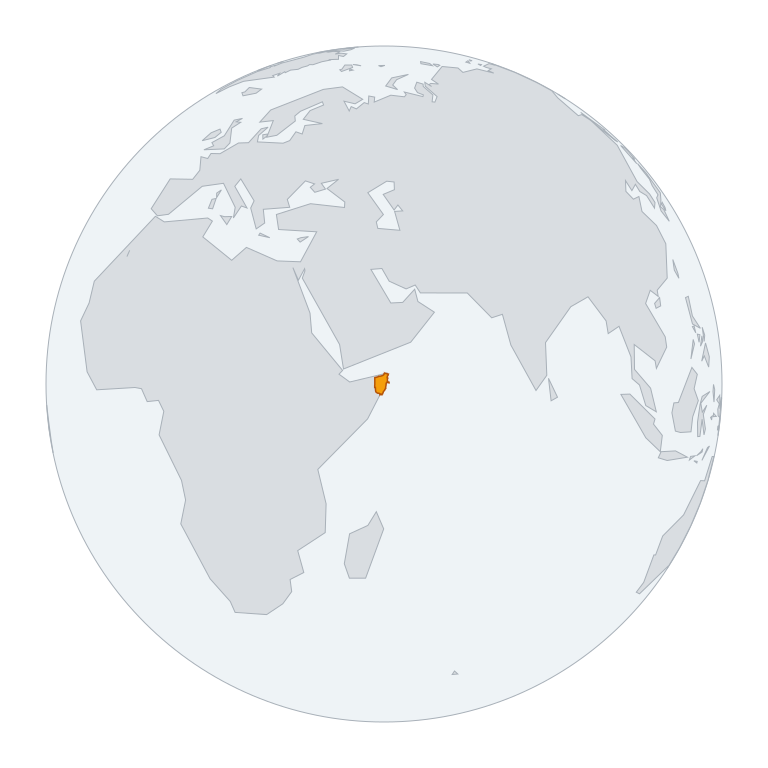 the Earth from above Bari
{"feature_id": "SOM-1", "entity_name": "Bari", "entity_type": "Region", "adm_level": 1, "iso_a3": "SOM", "parent_name": "Somalia", "parent_adm1": "", "projection": "orthographic", "projection_center": [50.532, 10.16], "detail": "fine", "context": "on_globe", "style": "filled", "palette": "amber", "viewbox_px": 768, "rotation_deg": 0, "n_neighbors": 0, "source": "natural_earth", "source_scale": "10m", "svg_char_len": 10044}
<svg xmlns="http://www.w3.org/2000/svg" viewBox="0 0 768 768"><circle cx="384" cy="384" r="338" fill="#eef3f6" stroke="#a8b0b8"/><path d="M46.7,405.0L48.5,420.1L51.2,440.5L53.2,452.9L49.1,429.0L46.7,405.0ZM324.7,51.3L321.7,51.9L317.0,52.8L318.6,52.5L324.7,51.3ZM343.3,48.5L341.7,48.7L341.8,48.7L343.3,48.5ZM347.2,48.1L350.6,47.8L346.2,48.2L347.2,48.1ZM356.3,47.2L358.5,47.0L353.7,47.4L356.3,47.2ZM353.0,48.0L340.8,49.1L340.9,48.9L352.7,47.7L353.0,48.0ZM565.4,98.9L562.6,97.1L557.7,94.1L565.4,98.9ZM537.4,82.9L535.3,81.9L539.2,83.9L549.4,89.5L551.8,90.8L557.8,97.9L578.3,115.7L581.7,114.6L590.9,120.5L617.2,145.2L637.1,181.6L649.6,194.0L655.0,202.5L654.5,208.1L646.6,195.6L639.8,191.5L635.4,184.3L631.9,190.6L625.5,180.6L625.9,191.4L633.4,199.2L638.9,196.5L642.0,211.5L656.5,225.5L665.8,243.7L667.2,278.1L657.2,290.2L658.2,296.4L650.2,290.3L645.6,303.5L665.2,336.8L666.7,347.1L656.4,368.4L655.1,360.8L634.2,344.5L634.5,369.4L650.6,388.2L656.3,411.8L645.8,405.6L639.5,385.0L632.1,378.6L631.0,356.9L619.0,326.3L608.2,333.6L606.1,320.9L588.0,296.8L570.8,306.7L545.5,342.6L546.8,375.3L536.0,390.5L510.9,345.1L502.4,314.3L491.7,317.8L467.3,293.0L420.4,292.9L415.2,285.0L406.1,288.9L389.2,281.2L381.9,268.5L370.9,269.4L390.8,303.0L402.7,302.4L414.7,289.2L417.9,301.5L434.4,312.2L410.7,342.2L343.5,369.0L339.6,344.5L302.3,278.1L304.9,271.0L304.9,270.2L304.6,268.7L298.4,280.2L292.9,267.6L310.0,313.1L311.7,332.9L342.6,370.4L339.0,374.2L349.7,382.0L387.3,373.0L387.0,381.2L367.6,418.9L317.8,469.4L326.1,503.8L325.2,532.6L297.7,550.6L303.8,572.5L290.1,579.5L291.7,591.6L282.8,603.8L266.6,614.6L235.1,612.4L230.3,601.5L210.1,578.8L180.8,523.9L185.6,500.0L181.5,480.4L159.1,434.9L163.8,411.3L158.5,400.4L147.2,401.6L141.5,388.7L135.0,387.5L96.7,389.8L87.1,371.8L80.6,320.9L89.1,303.0L94.3,281.2L155.4,216.3L164.3,221.9L207.7,218.0L212.4,221.1L202.8,236.9L231.7,260.3L246.4,247.4L277.1,260.9L300.5,261.8L316.7,231.8L278.6,229.5L276.4,214.5L310.5,203.7L344.5,207.5L344.8,202.0L327.0,188.5L338.6,179.3L321.3,183.3L325.5,189.1L314.8,192.3L310.3,187.3L314.6,183.9L305.4,180.9L287.3,199.4L289.7,207.3L263.3,209.3L264.7,223.0L256.2,228.9L250.7,208.0L254.1,200.8L240.8,178.9L234.8,186.3L247.0,208.0L241.4,206.0L233.4,218.0L235.2,207.3L223.5,183.3L202.2,186.3L168.5,214.3L157.4,215.8L151.2,208.7L170.2,178.9L192.7,179.3L199.8,170.3L201.0,156.7L207.7,158.5L211.0,153.5L220.0,153.7L238.5,143.0L248.5,142.7L261.2,128.8L268.1,127.2L258.6,135.5L257.4,141.9L283.1,143.2L289.7,140.6L295.9,131.8L302.2,134.0L304.9,125.5L322.4,123.6L303.3,119.3L310.1,110.6L323.6,105.0L322.4,101.8L300.4,111.3L294.8,116.0L295.3,121.0L276.8,135.3L266.8,137.2L273.3,120.6L259.8,122.1L270.7,110.0L323.3,89.4L342.5,86.9L362.7,99.3L355.1,103.8L344.0,101.2L349.2,111.0L351.2,106.6L356.4,108.9L364.2,102.6L368.3,104.0L368.8,96.0L374.7,97.1L374.2,102.1L390.8,95.2L404.4,96.8L406.2,94.7L404.3,92.0L422.9,96.6L423.4,94.9L417.5,92.6L414.6,88.1L416.8,82.2L423.1,84.1L423.2,86.4L432.9,94.9L432.1,101.8L434.9,102.1L437.1,96.6L425.3,86.2L424.8,82.3L431.6,86.5L429.0,84.6L430.8,83.4L438.5,84.1L431.5,79.4L442.1,66.5L458.0,68.0L462.9,72.4L476.9,68.9L493.8,73.1L488.2,70.6L491.3,68.8L486.1,67.4L483.6,66.2L489.1,63.6L495.2,65.3L492.0,63.8L515.1,72.5L537.4,82.9ZM129.7,250.3L126.9,256.6L129.7,250.3ZM377.8,228.4L399.9,230.3L394.6,211.4L402.7,210.9L397.9,205.0L394.1,210.0L383.2,194.4L394.4,189.7L394.1,182.0L386.7,181.2L367.8,192.7L383.4,214.5L376.3,221.9L377.8,228.4ZM220.0,129.1L221.2,132.3L214.9,137.5L202.2,140.7L211.1,132.8L220.0,129.1ZM224.3,135.8L234.2,120.1L242.5,118.4L236.2,121.8L240.7,122.3L231.7,128.1L229.9,143.0L224.3,148.9L203.9,149.8L213.7,145.8L211.9,142.6L224.3,135.8ZM244.9,91.9L249.3,87.5L261.6,89.1L256.1,93.2L243.0,95.8L241.9,92.7L244.9,91.9ZM283.3,61.4L277.5,63.3L277.4,63.3L283.3,61.4ZM270.4,65.7L261.2,69.2L257.2,70.8L270.4,65.7ZM343.5,56.5L338.5,55.5L338.5,59.3L329.6,59.6L330.2,60.1L322.0,61.7L313.0,64.7L309.6,64.6L307.5,65.9L302.0,67.4L298.1,69.3L290.6,70.1L285.2,72.7L284.8,71.7L277.4,76.1L279.6,73.3L272.7,75.6L274.2,77.1L243.6,81.3L229.2,86.9L215.9,93.6L221.4,89.0L237.3,80.4L257.2,71.6L270.3,67.5L270.4,66.8L276.7,64.8L274.0,66.2L282.0,63.0L286.4,61.9L304.2,57.1L312.8,54.2L319.5,52.8L318.4,53.4L325.8,51.7L328.2,52.2L333.1,51.4L340.2,51.7L335.2,54.1L341.0,53.2L346.7,53.9L343.5,56.5ZM333.5,49.9L334.1,49.8L337.3,49.4L332.9,50.0L338.9,49.2L340.3,49.2L345.3,48.7L342.6,49.3L354.7,48.1L350.7,49.8L343.9,51.2L334.3,50.4L329.6,51.1L323.2,51.7L330.9,50.3L333.5,49.9ZM220.5,215.6L224.6,216.7L231.7,216.5L226.8,224.6L220.5,215.6ZM212.0,199.3L216.1,198.5L212.6,208.8L208.4,208.2L212.0,199.3ZM221.4,189.9L216.6,197.7L216.7,193.1L221.4,189.9ZM262.8,134.8L267.6,134.0L266.9,136.1L262.9,139.1L262.8,134.8ZM341.5,71.5L339.8,69.8L341.9,69.2L344.9,65.0L351.7,65.0L352.6,67.5L341.5,71.5ZM308.5,236.6L300.1,242.1L297.3,239.0L300.8,237.7L308.5,236.6ZM260.1,233.1L269.8,237.7L258.7,235.2L260.1,233.1ZM349.5,70.8L349.9,68.9L353.0,70.1L349.5,70.8ZM356.9,64.8L361.1,65.8L352.9,64.5L356.9,64.8ZM454.5,671.0L457.8,674.0L452.2,674.5L454.5,671.0ZM383.7,528.9L365.6,578.2L349.4,578.2L344.3,563.7L349.6,533.8L367.9,525.4L376.3,511.7L383.7,528.9ZM693.9,460.8L697.2,461.4L696.8,463.0L693.9,460.8ZM690.6,456.4L695.0,455.8L689.4,460.0L690.6,456.4ZM696.6,455.7L700.9,451.7L702.8,448.7L702.1,452.0L696.6,455.7ZM687.4,457.2L667.2,460.5L658.3,457.8L661.1,451.7L675.5,450.9L687.4,457.2ZM660.3,451.7L645.8,437.8L620.9,394.4L629.9,394.1L655.0,419.0L653.5,424.1L662.3,435.4L660.3,451.7ZM692.7,416.8L691.0,431.8L680.5,432.5L675.4,431.1L671.9,412.8L673.9,402.9L678.4,402.5L691.9,367.4L697.3,374.3L694.1,388.7L698.3,400.6L692.7,416.8ZM548.5,378.3L557.5,397.2L551.1,400.8L548.5,378.3ZM694.5,343.9L690.9,359.0L693.2,339.4L694.5,343.9ZM694.1,326.0L695.8,332.9L692.4,326.6L694.1,326.0ZM660.7,305.9L656.1,308.3L654.6,303.4L659.6,297.6L660.7,305.9ZM672.8,259.5L677.9,273.4L678.9,278.3L674.3,270.1L672.8,259.5ZM408.4,74.4L396.6,79.7L392.7,85.0L397.6,89.6L385.7,86.0L391.7,77.9L408.4,74.4ZM437.3,66.9L432.9,64.0L438.1,64.5L439.8,65.3L437.3,66.9ZM432.4,65.7L420.9,63.7L420.6,61.6L429.7,63.5L432.4,65.7ZM384.9,65.4L381.0,66.7L378.5,65.6L384.9,65.4ZM667.1,568.5L668.4,565.9L639.5,593.8L636.3,592.2L643.7,582.4L653.9,554.9L655.6,555.0L662.7,536.0L683.6,514.9L700.6,480.6L704.6,480.8L712.2,456.5L713.9,456.5L709.2,475.1L708.1,479.8L700.3,503.0L690.8,525.6L679.7,547.5L667.1,568.5ZM701.9,460.4L707.5,447.6L709.5,446.0L701.9,460.4ZM717.9,435.7L719.0,428.3L720.1,418.0L718.1,415.7L717.8,409.2L719.3,403.9L716.7,399.8L719.7,395.3L720.0,408.8L721.3,397.1L721.6,398.2L717.9,435.7ZM717.9,426.2L718.2,426.0L717.4,430.4L717.9,426.2ZM712.1,416.1L711.6,420.0L710.6,417.4L712.1,416.1ZM713.6,413.3L716.3,416.4L713.2,416.7L713.6,413.3ZM700.8,403.3L702.3,412.2L706.8,405.2L703.3,414.5L705.4,428.9L704.0,434.9L702.1,419.2L699.9,436.4L697.7,436.6L697.5,422.3L700.1,404.2L702.2,396.4L709.9,391.5L700.8,403.3ZM714.0,402.1L713.0,391.7L713.5,384.4L714.7,389.7L714.0,402.1ZM708.7,367.1L704.3,355.9L701.7,361.2L705.5,342.9L709.3,356.7L708.7,367.1ZM702.7,341.4L700.5,346.2L701.9,335.8L702.7,341.4ZM699.1,342.3L697.3,334.1L699.9,334.7L699.1,342.3ZM704.2,341.4L702.2,327.2L704.7,335.2L704.2,341.4ZM692.4,316.0L700.4,328.3L692.5,324.0L685.5,297.6L688.3,296.3L692.4,316.0ZM665.9,210.8L661.5,204.2L662.2,202.3L665.0,207.4L665.9,210.8ZM660.3,192.8L660.9,199.8L660.6,206.8L663.8,209.5L669.3,221.3L661.1,211.0L656.7,197.8L658.0,194.8L652.2,185.6L649.4,179.1L640.7,168.2L637.5,163.5L645.9,172.8L660.3,192.8ZM636.8,163.7L620.6,145.5L624.7,147.8L629.1,152.3L634.9,159.4L632.4,157.7L636.8,163.7ZM617.8,142.0L615.2,140.5L585.9,116.6L580.7,112.4L605.2,130.2L604.1,130.0L610.6,135.9L617.8,142.0ZM480.7,65.5L477.9,64.0L481.5,64.6L480.7,65.5ZM472.1,60.7L470.1,61.0L469.6,59.9L472.1,60.7ZM465.9,62.1L468.0,60.7L469.8,63.3L465.9,62.1Z" fill="#d9dde1" stroke="#a8b0b8" stroke-width="1"/><path d="M374.7,387.5L374.7,386.8L374.7,386.2L374.7,385.5L374.8,384.8L374.8,384.2L374.8,383.5L374.8,382.9L374.8,382.2L374.8,381.5L374.8,380.9L374.8,380.2L374.8,379.5L374.8,378.9L374.8,378.2L374.8,377.6L375.0,377.5L375.8,377.4L376.5,377.3L376.8,377.2L377.0,377.0L377.5,377.0L378.0,376.8L378.2,376.7L378.3,376.5L378.4,376.4L378.5,376.3L378.9,376.3L379.0,376.3L379.1,376.2L379.3,376.3L379.8,376.3L380.1,376.3L380.2,376.2L380.3,376.2L380.5,376.1L381.2,376.0L381.3,376.0L381.7,375.9L381.8,375.8L381.9,375.7L382.1,375.7L382.5,375.6L383.1,375.1L383.3,375.0L383.5,375.0L383.6,374.8L383.8,374.6L383.9,374.4L383.9,374.2L384.0,374.1L384.0,373.9L384.2,373.7L384.3,373.6L384.6,373.5L384.6,373.4L384.7,373.5L384.9,373.4L385.1,373.3L385.3,373.3L385.4,373.2L385.5,373.2L385.9,373.5L386.5,373.5L386.9,373.8L387.0,373.9L387.4,373.9L387.6,373.9L387.7,374.0L387.9,374.0L388.0,374.0L388.4,374.1L388.3,374.3L388.2,374.6L388.2,375.0L388.0,375.3L387.9,375.5L387.6,375.9L387.4,376.0L387.4,376.3L387.4,376.5L387.2,376.9L387.2,377.0L387.2,377.4L387.1,377.7L387.2,377.9L387.5,378.1L387.8,378.2L387.7,378.4L387.5,378.6L387.4,378.8L387.4,379.1L387.4,379.9L387.5,380.9L387.6,381.4L387.6,381.5L387.3,381.5L387.3,381.9L387.3,382.0L387.2,382.1L386.9,382.2L386.8,382.3L386.8,382.5L387.8,382.3L388.0,382.3L388.0,382.2L387.9,382.2L387.8,381.9L387.8,381.7L387.7,381.6L387.8,381.7L387.9,381.8L388.0,381.8L388.2,382.0L388.3,382.1L388.5,382.1L388.8,382.1L389.0,382.1L389.1,382.3L389.0,382.6L388.9,382.7L388.9,382.8L388.7,382.7L388.3,382.7L388.2,382.5L388.1,382.4L387.2,382.5L386.8,382.7L386.3,383.0L386.2,383.2L386.1,383.6L386.2,383.9L386.0,384.3L386.1,384.6L386.1,384.8L386.1,385.0L386.0,385.4L386.0,385.5L385.9,385.7L385.9,386.0L385.8,386.3L385.8,386.5L385.7,386.6L385.7,387.0L385.6,387.3L385.6,387.6L385.8,388.0L385.8,388.3L385.7,388.4L385.4,389.0L385.0,389.2L384.9,389.2L384.8,389.3L384.7,389.6L384.7,390.1L384.6,390.4L384.4,390.6L383.8,391.1L383.6,391.3L383.5,391.5L383.4,391.7L383.3,391.9L383.2,392.4L383.1,392.6L382.8,393.0L382.8,393.4L382.8,393.5L382.7,393.8L382.4,393.9L382.3,394.0L382.2,394.3L381.9,394.8L381.2,394.1L380.5,394.0L380.3,394.4L380.0,394.8L379.6,393.6L379.0,393.3L377.7,393.2L376.8,392.7L376.1,392.2L375.7,391.4L375.5,390.0L375.4,387.5L374.7,387.5Z" fill="#f59e0b" stroke="#b45309" stroke-width="1.5"/></svg>